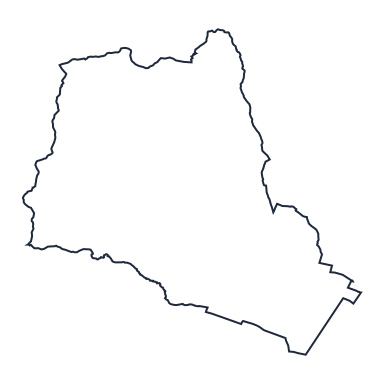 Turia, Covasna, Romania (Robinson projection)
{"feature_id": "2599482B69568835310274", "entity_name": "Turia", "entity_type": "district", "adm_level": 2, "iso_a3": "ROU", "parent_name": "Romania", "parent_adm1": "Covasna", "projection": "robinson", "projection_center": [26.016, 46.065], "detail": "fine", "context": "isolated", "style": "outline", "palette": "slate", "viewbox_px": 384, "rotation_deg": 0, "n_neighbors": 0, "source": "geoboundaries", "source_scale": "gbopen_adm2", "svg_char_len": 5806}
<svg xmlns="http://www.w3.org/2000/svg" viewBox="0 0 384 384"><path d="M305.7,354.7L343.2,298.2L349.7,300.8L353.4,303.6L361.0,292.5L360.0,292.4L358.9,291.8L358.2,291.9L357.5,291.3L355.7,290.5L347.9,287.7L351.0,281.4L351.3,281.1L352.8,281.4L352.4,280.6L351.2,280.3L342.7,274.8L335.0,272.6L330.3,272.2L332.0,265.6L319.4,262.9L322.0,254.4L320.6,251.7L320.4,249.6L318.6,246.3L317.5,245.5L317.1,244.9L317.3,243.8L317.8,243.1L317.5,242.0L317.7,241.3L318.4,240.4L318.6,239.6L318.3,237.1L318.3,233.8L316.7,230.3L315.6,229.0L311.4,226.0L308.9,223.6L307.1,218.6L306.8,217.0L304.9,216.8L302.9,216.1L297.9,212.1L296.1,211.0L295.6,210.5L296.3,209.2L294.8,208.1L293.5,206.8L291.2,206.3L290.6,206.7L287.5,206.2L282.5,206.0L277.1,203.8L276.3,205.6L275.4,207.3L274.3,210.3L273.3,212.3L271.9,207.3L270.3,202.8L270.4,202.5L269.2,198.5L268.5,197.9L267.8,195.3L266.7,192.5L266.1,185.6L264.5,185.4L264.0,185.1L263.4,183.6L262.6,180.3L263.2,179.3L262.4,177.5L261.7,173.1L261.9,171.7L263.5,168.0L263.5,167.5L264.0,166.2L264.0,165.4L265.0,163.4L265.5,161.7L269.7,159.5L267.5,155.7L262.5,151.0L262.1,149.0L262.0,147.1L261.5,145.5L261.5,144.8L262.3,143.6L262.5,142.8L262.2,141.1L261.3,139.0L260.7,136.9L258.8,132.8L257.1,131.0L253.0,125.0L252.9,124.1L252.0,121.8L252.2,119.1L250.9,117.0L249.9,114.1L249.8,112.8L250.2,112.1L250.2,109.1L250.4,108.0L249.7,105.0L249.3,104.1L246.9,101.4L243.9,97.2L243.7,95.5L241.8,92.0L241.2,89.8L240.6,88.6L240.6,87.5L241.0,86.5L240.6,84.0L242.4,82.2L242.8,80.3L243.7,78.3L244.2,73.1L244.5,72.0L244.7,70.8L244.4,70.3L242.3,68.6L242.6,67.0L243.0,66.6L243.0,66.0L242.1,63.0L242.2,61.8L241.1,60.4L240.7,58.6L239.9,56.9L240.5,55.2L240.1,54.1L239.2,52.5L237.6,51.8L237.1,51.2L236.7,50.5L236.7,49.6L236.3,49.4L235.6,46.3L233.5,44.6L233.0,43.9L232.1,41.5L232.2,39.2L231.3,37.4L229.9,35.8L229.1,33.1L228.8,32.7L228.1,32.3L226.3,32.5L224.4,32.1L224.0,30.8L223.6,30.6L222.6,30.2L220.3,30.1L217.9,29.3L216.4,30.4L215.3,31.9L214.8,32.1L213.2,31.8L212.4,30.8L212.0,30.6L210.0,31.4L208.3,31.4L207.7,32.2L207.5,36.0L206.5,38.9L206.5,40.5L206.2,41.6L203.5,43.8L200.3,45.8L198.5,47.4L195.4,49.6L195.0,51.6L195.1,52.8L196.0,53.3L195.4,53.5L195.4,53.9L194.5,54.4L194.4,53.8L193.8,53.7L193.0,54.9L192.6,56.0L191.4,56.5L192.6,58.1L192.5,58.4L192.0,58.5L191.1,59.3L191.1,60.1L191.7,61.0L191.3,62.0L191.4,62.4L183.9,61.9L175.8,60.4L173.5,58.8L169.8,57.5L165.0,58.6L162.0,58.2L160.7,58.2L158.2,61.0L157.5,62.0L154.5,63.5L153.1,65.3L149.6,66.7L148.5,67.9L147.2,68.1L145.6,68.1L143.2,67.0L139.8,66.2L138.1,65.6L135.3,64.2L134.2,63.0L132.3,61.5L131.4,60.1L130.2,55.4L131.1,51.8L131.1,51.2L130.7,50.1L128.5,48.7L126.1,48.0L124.2,47.9L121.2,48.4L120.8,48.9L120.2,50.6L119.0,51.9L117.9,52.4L115.5,52.3L111.2,53.1L109.4,52.8L107.1,53.3L105.1,55.4L102.6,56.2L101.5,56.2L98.9,56.9L95.6,56.5L92.3,56.9L91.4,56.6L88.9,56.9L87.8,57.3L87.4,58.2L85.3,59.5L84.5,58.6L83.3,58.6L82.2,59.0L77.4,59.7L74.5,59.1L73.2,59.3L72.1,59.6L68.8,62.1L67.5,62.8L61.7,64.2L59.6,65.1L61.7,68.7L64.7,72.2L65.9,73.3L66.3,74.0L65.0,76.8L62.1,80.5L62.1,81.0L63.0,82.2L63.4,83.3L62.7,83.8L61.4,85.3L61.9,86.1L61.4,86.5L60.8,87.6L60.3,87.9L59.9,94.2L59.3,95.1L56.9,97.4L57.0,98.6L56.3,101.3L56.7,102.9L57.7,104.4L57.7,105.7L58.0,106.2L57.9,107.3L58.1,108.5L58.6,109.7L58.7,110.7L54.5,115.0L54.1,118.1L53.1,119.5L52.3,121.2L52.9,123.7L53.1,127.4L55.2,131.6L55.3,132.5L55.0,134.5L55.3,136.9L55.3,138.2L54.2,142.2L51.5,148.1L51.4,148.9L51.6,150.0L52.6,152.5L52.4,153.2L50.8,154.4L48.5,155.2L47.5,155.9L46.6,157.6L45.8,158.4L44.0,158.7L42.3,159.5L37.1,161.1L36.4,161.8L35.3,164.9L36.9,168.6L38.6,171.3L38.7,172.1L38.4,173.7L37.1,175.6L36.1,179.9L36.0,181.9L35.5,183.8L35.3,186.1L33.3,187.6L32.7,187.6L32.8,188.1L31.9,189.4L31.7,190.5L31.4,190.8L28.1,191.5L27.3,192.0L27.0,192.8L26.6,193.2L25.4,194.0L24.4,195.1L23.0,197.4L23.1,198.7L23.7,199.6L23.7,201.9L24.3,203.2L25.6,204.6L28.5,206.9L31.0,207.8L34.1,213.2L33.4,217.1L32.0,218.8L31.7,219.6L31.7,220.9L31.9,221.4L32.9,222.3L33.0,222.7L33.2,224.4L32.9,226.7L33.5,228.7L31.7,232.3L32.1,235.6L31.9,237.2L30.9,241.5L29.4,242.8L28.5,244.1L27.7,244.6L28.8,244.6L29.8,245.5L30.6,244.8L30.9,244.8L32.7,246.8L34.5,248.3L38.4,248.2L41.4,249.4L43.8,249.0L48.0,246.6L55.0,246.2L56.1,245.7L57.3,246.5L60.1,247.4L60.9,247.9L61.3,248.5L62.9,249.2L64.8,249.6L71.3,252.0L73.0,251.7L74.8,252.3L77.0,252.2L79.3,250.8L83.4,249.1L89.5,249.4L90.6,249.7L92.9,253.3L92.7,254.1L91.5,254.6L91.6,256.0L92.3,257.6L93.0,258.1L96.4,258.6L97.2,259.4L98.2,259.3L98.9,258.6L100.1,258.1L101.0,257.1L102.4,257.7L103.5,257.7L104.0,257.3L103.8,256.3L104.1,255.8L104.0,255.3L105.3,254.8L105.8,254.3L106.7,254.2L108.2,255.5L107.8,256.1L109.1,256.6L110.4,257.9L111.4,259.3L111.9,260.5L112.3,260.8L112.5,261.3L113.0,261.6L114.3,262.2L116.4,262.4L121.7,262.3L124.0,262.0L124.7,262.6L127.1,262.7L130.6,263.9L131.8,265.1L133.5,266.3L135.3,268.3L137.0,269.2L136.8,270.0L137.4,271.0L138.8,271.8L138.9,272.7L140.1,273.7L139.9,274.4L141.8,275.3L144.7,277.7L145.7,277.9L146.2,278.9L146.5,279.0L146.9,278.6L147.7,278.8L149.8,279.8L150.1,280.7L153.0,280.8L152.9,281.4L155.7,281.8L156.4,282.6L157.0,282.5L157.1,283.3L159.6,283.1L160.4,284.3L160.0,284.9L160.2,285.7L161.9,287.3L162.8,287.5L163.2,288.0L163.4,289.2L165.3,291.1L165.3,291.3L164.7,291.6L164.7,292.0L165.2,293.4L165.2,294.4L165.8,295.5L165.7,296.0L166.0,296.9L165.0,298.2L166.1,299.4L167.8,300.2L168.8,302.2L168.9,302.7L170.5,304.0L173.5,304.8L176.4,305.1L182.8,303.9L183.2,304.5L185.1,305.2L188.1,304.9L189.5,304.3L190.3,304.5L191.4,304.4L192.9,304.8L193.5,305.3L194.6,305.4L196.0,306.0L198.9,306.3L199.2,306.0L206.7,307.3L207.6,307.5L206.3,310.5L205.9,312.0L211.4,313.5L241.1,324.0L242.4,321.6L243.0,321.0L252.8,323.9L257.0,325.6L260.0,327.3L263.4,329.8L264.8,330.5L285.5,338.1L286.0,340.6L288.2,345.5L289.1,351.5L293.6,351.9L298.3,353.2L305.7,354.7Z" fill="none" stroke="#1e293b" stroke-width="2"/></svg>